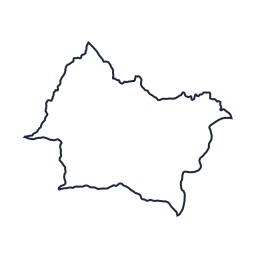 Dechhenling, Samdrup Jongkhar, Bhutan (Natural Earth projection), rotated 192°
{"feature_id": "84629894B76488101752434", "entity_name": "Dechhenling", "entity_type": "district", "adm_level": 2, "iso_a3": "BTN", "parent_name": "Bhutan", "parent_adm1": "Samdrup Jongkhar", "projection": "natural_earth1", "projection_center": [91.243, 26.904], "detail": "fine", "context": "isolated", "style": "outline", "palette": "slate", "viewbox_px": 256, "rotation_deg": 192, "n_neighbors": 0, "source": "geoboundaries", "source_scale": "gbopen_adm2", "svg_char_len": 5820}
<svg xmlns="http://www.w3.org/2000/svg" viewBox="0 0 256 256"><g transform="rotate(192 128 128)"><path d="M28.8,159.1L30.7,162.4L31.1,162.7L32.6,163.7L35.1,164.7L37.5,166.0L38.1,166.2L38.7,166.2L39.1,165.9L39.7,165.2L40.5,164.7L41.2,164.7L41.5,165.1L41.1,167.3L41.1,167.7L41.2,168.2L42.5,169.6L42.7,170.2L42.9,172.4L43.2,172.7L44.1,173.0L45.0,173.1L45.5,172.9L45.8,172.5L46.2,172.4L46.7,172.6L47.3,173.2L49.3,174.3L49.7,174.3L50.1,174.1L51.3,173.7L53.5,173.9L53.9,174.2L54.1,174.6L54.1,176.1L54.5,177.0L54.7,178.9L55.0,179.2L55.9,179.5L56.3,179.5L58.6,178.9L59.9,178.8L60.8,178.6L61.2,178.4L61.5,178.1L62.6,176.5L62.9,176.2L63.3,176.0L64.2,175.9L64.6,175.7L65.3,174.4L65.9,173.7L66.8,173.7L67.2,173.9L68.2,174.9L68.5,175.0L68.9,174.7L69.1,174.2L69.4,170.3L70.1,169.4L70.8,169.0L71.3,169.0L71.7,169.2L72.0,169.6L72.5,171.5L73.0,172.1L73.5,172.0L75.2,170.8L76.0,170.7L76.6,171.0L77.5,171.0L78.4,171.4L78.7,171.6L79.6,173.0L80.0,173.8L80.6,174.2L81.4,174.3L82.1,173.7L82.2,173.0L82.6,171.8L82.9,171.2L84.1,170.5L86.3,168.3L88.2,166.7L89.6,166.1L91.8,165.8L93.1,165.4L94.0,165.4L95.2,164.8L97.6,164.2L99.5,164.0L100.1,163.9L100.7,163.4L102.2,162.3L103.5,161.7L104.1,161.7L104.7,161.8L106.7,163.5L108.7,163.8L109.3,164.1L110.5,164.8L112.6,165.4L113.8,165.9L114.6,166.4L116.5,168.5L116.9,168.6L118.7,168.6L119.5,168.9L121.3,170.3L122.5,171.0L123.8,172.3L124.4,173.6L124.7,174.5L124.8,176.0L124.7,177.4L124.8,177.9L126.0,179.4L126.6,180.0L127.0,180.3L128.2,180.8L128.7,180.8L129.1,180.6L129.4,180.3L129.9,180.2L131.2,180.2L131.3,179.8L131.3,177.4L131.4,175.9L131.6,175.5L131.9,175.2L133.2,175.0L135.5,173.9L136.8,173.7L138.6,172.6L139.7,172.4L140.5,172.7L141.3,172.4L141.6,171.5L142.7,170.4L143.2,170.2L144.5,170.4L146.1,171.4L146.3,172.5L146.8,172.8L147.4,172.8L148.5,172.6L150.7,173.3L151.0,173.6L151.4,173.7L151.9,173.6L152.4,173.3L153.0,173.5L153.2,174.4L153.2,175.1L153.2,176.4L154.2,179.0L154.5,181.1L155.2,182.3L157.3,184.4L158.5,186.2L160.3,187.8L160.9,188.3L162.5,188.4L163.5,188.4L165.5,187.8L166.0,188.3L167.6,190.2L171.7,193.4L172.2,194.2L174.4,196.4L178.8,199.7L180.8,201.0L184.4,203.3L185.3,200.5L185.5,199.3L185.0,195.9L185.0,195.0L185.4,194.3L185.3,193.8L185.0,192.6L185.2,192.2L186.3,190.8L186.9,190.5L187.3,190.5L187.7,190.3L188.2,189.7L188.6,189.0L188.6,188.3L188.4,187.3L188.5,186.9L189.1,186.3L189.7,186.1L191.4,186.4L192.1,186.0L192.6,185.7L194.7,185.3L195.4,184.8L195.5,183.5L195.3,182.0L195.5,181.5L196.7,180.5L198.7,178.2L200.0,177.5L200.5,176.9L201.1,175.6L201.4,174.1L201.5,172.2L201.1,171.4L201.2,169.9L201.4,167.9L202.0,166.2L202.7,164.8L203.3,163.3L203.8,160.9L204.0,160.4L204.0,159.9L203.5,158.6L203.4,157.8L203.5,157.2L203.9,156.5L204.0,155.6L205.1,154.6L205.3,154.0L205.3,153.6L204.5,151.4L204.5,150.4L204.8,150.0L205.2,149.9L205.6,149.9L206.4,150.2L206.9,149.7L207.0,148.7L207.7,147.9L207.9,147.4L208.0,146.9L207.9,146.5L207.7,146.0L207.7,144.5L207.7,144.1L208.1,142.9L207.8,141.8L208.1,141.1L208.4,139.3L208.8,138.8L209.2,138.7L211.4,138.7L211.8,138.5L212.4,137.8L213.0,136.0L213.2,135.6L213.1,134.6L212.6,133.3L212.1,130.3L212.3,129.2L212.3,128.2L212.2,127.6L211.9,127.2L211.5,127.0L210.9,126.0L210.1,125.1L209.7,124.5L209.7,123.8L210.6,122.1L211.1,120.6L211.1,119.5L210.9,118.3L212.1,116.6L212.8,115.4L213.1,114.4L213.5,112.6L213.4,111.9L213.5,110.7L213.8,110.1L214.7,109.4L214.9,109.0L216.1,105.6L216.6,105.0L217.4,104.2L218.0,103.6L219.1,103.0L219.4,102.7L219.6,101.8L219.7,101.4L220.1,100.8L220.4,100.5L221.2,100.5L223.0,99.7L223.9,99.4L224.7,98.9L225.6,98.4L226.8,98.3L227.2,97.6L225.9,97.7L224.0,97.2L222.9,97.1L219.1,97.3L217.7,97.5L216.5,98.4L213.6,99.7L212.7,100.0L211.9,100.0L210.3,100.8L208.8,101.3L205.8,101.2L201.3,100.2L200.1,100.6L198.4,100.5L197.0,101.0L195.0,102.1L194.1,102.3L192.2,101.6L190.7,100.6L189.9,99.7L190.1,98.7L190.5,98.3L190.6,97.8L190.5,95.5L189.7,93.7L188.9,92.3L188.7,89.9L188.6,89.5L188.2,88.8L187.6,86.4L188.5,84.7L188.4,84.1L188.4,83.6L188.2,82.3L185.9,80.7L182.4,77.4L181.4,76.7L181.1,76.0L181.1,75.1L180.2,73.1L179.9,71.4L180.6,69.4L180.4,68.8L180.2,66.5L179.5,64.9L177.9,62.2L177.7,60.7L178.4,59.4L179.9,58.4L181.8,57.0L183.2,55.1L183.3,54.6L183.1,54.1L182.7,53.7L182.0,53.6L181.4,54.2L181.1,54.4L179.5,55.0L178.4,55.6L177.5,55.9L176.0,56.2L172.6,57.7L170.8,58.0L169.5,58.0L169.1,58.2L168.7,58.7L168.1,59.3L166.4,59.9L165.8,60.2L163.8,60.3L162.7,60.8L160.5,61.1L159.5,61.6L158.3,62.6L157.2,63.0L156.3,63.2L154.9,63.0L152.7,62.2L150.9,62.4L150.1,62.7L148.3,62.9L147.0,62.7L146.3,62.4L144.4,62.2L139.9,63.6L137.2,64.1L135.7,64.5L133.5,66.4L132.1,67.4L130.3,69.0L129.6,69.0L128.5,68.8L127.6,68.9L126.9,69.5L125.9,70.6L125.4,71.3L124.9,71.8L124.1,72.1L122.7,72.2L122.3,72.1L121.3,71.3L120.4,70.9L117.6,70.4L114.7,69.4L112.3,68.0L111.9,67.8L110.9,67.6L109.7,67.1L109.2,67.1L108.1,66.3L107.3,66.0L105.5,65.9L105.1,65.7L103.0,65.4L101.9,64.7L101.0,63.4L100.5,62.3L100.1,61.9L99.7,61.5L99.3,61.4L98.7,61.3L97.8,61.5L96.8,61.5L94.9,60.8L93.5,61.0L90.9,62.5L90.4,62.3L87.6,62.1L84.8,62.8L84.1,63.2L82.9,63.1L82.1,63.3L80.0,63.4L79.4,63.5L77.5,63.6L76.2,64.1L73.4,63.6L72.3,63.1L70.4,61.1L68.8,59.7L66.6,58.3L64.6,56.8L64.1,56.6L63.1,55.9L62.4,54.8L61.5,52.7L60.3,53.6L59.3,54.8L58.9,56.3L58.0,58.7L57.6,60.5L57.5,63.6L57.5,68.0L58.2,72.3L58.8,75.4L60.5,77.8L62.6,78.8L63.4,80.2L63.9,81.9L64.7,84.0L65.0,86.5L64.8,87.3L64.4,88.5L64.4,89.7L64.8,91.9L65.0,93.7L64.6,96.1L63.5,97.0L62.1,97.4L59.7,97.4L57.6,97.7L53.9,98.8L50.4,101.1L49.5,102.5L48.5,104.5L49.1,106.9L50.6,109.3L50.9,109.6L51.3,110.7L51.4,111.5L51.4,112.4L50.9,113.8L49.6,115.5L48.6,116.9L47.8,118.6L46.3,120.8L44.9,125.1L44.9,126.3L45.3,127.4L45.4,129.2L45.3,130.4L44.5,132.4L44.2,133.6L44.1,134.7L44.2,135.9L44.5,138.0L47.1,143.3L48.4,145.0L48.6,145.5L48.5,146.2L48.3,146.9L47.9,147.7L41.5,154.3L38.1,156.9L35.5,157.9L32.1,158.8L28.8,159.1Z" fill="none" stroke="#1e293b" stroke-width="2"/></g></svg>